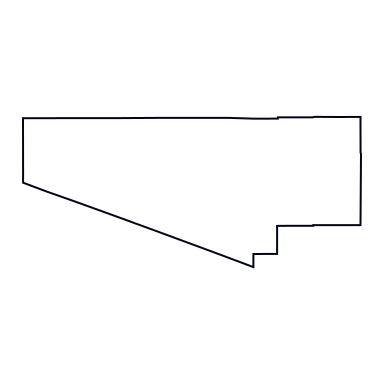 the district of Pima, Arizona, United States of America
{"feature_id": "52423323B72402136661240", "entity_name": "Pima", "entity_type": "district", "adm_level": 2, "iso_a3": "USA", "parent_name": "United States of America", "parent_adm1": "Arizona", "projection": "mercator", "projection_center": [-111.635, 31.97], "detail": "fine", "context": "isolated", "style": "outline", "palette": "ink", "viewbox_px": 384, "rotation_deg": 0, "n_neighbors": 0, "source": "geoboundaries", "source_scale": "gbopen_adm2", "svg_char_len": 565}
<svg xmlns="http://www.w3.org/2000/svg" viewBox="0 0 384 384"><path d="M23.0,118.2L23.1,182.7L36.7,187.8L47.4,191.8L77.7,202.5L132.4,222.3L135.2,223.4L136.5,223.8L150.4,228.9L181.6,240.4L223.3,255.8L230.7,258.6L253.4,267.1L253.4,254.0L277.1,253.9L277.1,225.9L289.5,225.8L313.2,225.8L313.2,225.1L360.5,225.1L361.0,153.5L360.6,153.0L360.5,129.0L360.5,116.9L339.0,117.0L321.4,116.9L314.4,116.9L312.8,117.3L277.9,117.3L277.8,118.6L255.1,118.7L229.6,117.9L203.5,117.9L203.3,117.9L155.4,117.9L121.0,118.1L23.0,118.2Z" fill="none" stroke="#020617" stroke-width="2"/></svg>